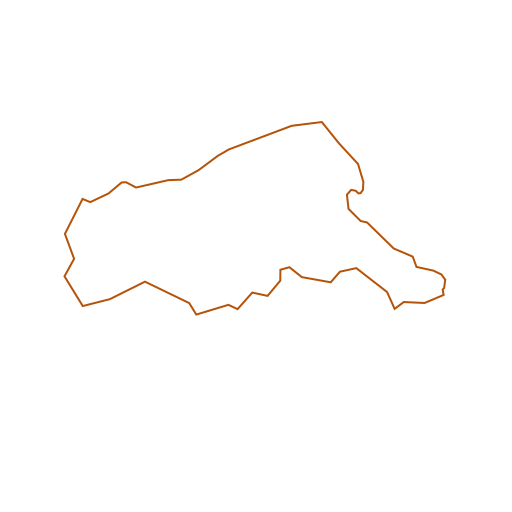 outline of Northumberland, Virginia, United States of America, rotated 308°
{"feature_id": "52423323B72181240507499", "entity_name": "Northumberland", "entity_type": "district", "adm_level": 2, "iso_a3": "USA", "parent_name": "United States of America", "parent_adm1": "Virginia", "projection": "equal_earth", "projection_center": [-76.396, 37.858], "detail": "fine", "context": "isolated", "style": "outline", "palette": "amber", "viewbox_px": 512, "rotation_deg": 308, "n_neighbors": 0, "source": "geoboundaries", "source_scale": "gbopen_adm2", "svg_char_len": 859}
<svg xmlns="http://www.w3.org/2000/svg" viewBox="0 0 512 512"><g transform="rotate(308 256 256)"><path d="M202.8,274.2L224.9,275.6L231.7,289.7L251.5,290.3L260.2,283.7L267.7,289.2L267.6,305.2L281.3,331.1L295.3,331.8L308.2,342.5L308.3,381.5L299.7,397.8L310.7,400.8L322.8,417.8L340.8,427.8L344.5,423.8L346.7,423.9L353.8,419.7L355.6,413.5L353.6,404.6L346.2,389.2L352.0,379.9L346.7,359.9L350.8,322.9L348.0,316.9L350.1,299.9L360.3,289.9L366.7,290.3L368.8,294.4L368.4,298.2L369.9,299.7L373.8,299.6L380.5,295.0L391.3,279.8L395.9,251.8L402.1,225.4L380.5,203.9L323.3,169.0L311.3,164.2L288.3,157.9L270.1,150.1L261.8,140.2L236.1,119.3L234.1,108.1L231.1,104.8L214.5,101.3L196.4,92.2L194.2,84.2L155.8,91.8L141.8,114.4L122.1,117.6L109.9,150.3L132.0,167.4L167.4,184.3L177.8,232.4L173.1,245.0L200.5,264.3L202.8,274.2Z" fill="none" stroke="#b45309" stroke-width="2"/></g></svg>